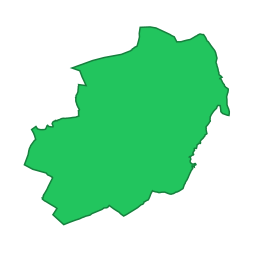 Bø nor, Telemark, Norway, rotated 6°
{"feature_id": "86288312B18605763304298", "entity_name": "Bø nor", "entity_type": "district", "adm_level": 2, "iso_a3": "NOR", "parent_name": "Norway", "parent_adm1": "Telemark", "projection": "mercator", "projection_center": [8.999, 59.44], "detail": "fine", "context": "isolated", "style": "filled", "palette": "green", "viewbox_px": 256, "rotation_deg": 6, "n_neighbors": 0, "source": "geoboundaries", "source_scale": "gbopen_adm2", "svg_char_len": 5590}
<svg xmlns="http://www.w3.org/2000/svg" viewBox="0 0 256 256"><g transform="rotate(6 128 128)"><path d="M223.6,78.8L223.2,78.4L222.3,78.0L221.7,77.6L221.3,77.5L220.7,77.1L220.1,76.5L219.6,76.2L219.5,75.6L219.1,74.7L218.6,74.3L217.6,73.2L216.8,72.0L216.1,70.7L215.3,69.8L215.2,69.4L214.2,69.3L214.4,68.8L216.2,67.7L214.8,66.5L214.4,66.3L213.9,66.0L213.5,65.9L213.2,65.6L212.9,65.1L212.6,64.2L212.7,63.8L212.3,62.8L211.9,62.1L211.7,61.5L211.4,60.1L211.2,59.7L211.0,59.1L209.8,56.4L209.7,55.8L208.6,53.5L209.2,49.2L208.6,47.7L207.3,44.0L206.1,41.9L201.5,37.0L200.9,36.2L198.7,33.7L197.6,33.2L195.7,29.9L193.4,27.2L192.0,27.3L190.1,27.0L189.5,27.1L188.8,27.6L188.2,27.8L186.8,29.1L185.4,29.9L184.6,30.6L180.6,33.5L177.6,34.4L174.9,35.4L171.7,36.7L167.5,37.2L164.5,32.5L161.9,31.6L159.9,30.6L145.4,25.6L139.5,25.2L129.6,26.6L129.3,32.7L129.9,36.3L129.4,40.1L128.5,45.5L128.3,45.6L128.2,45.7L128.0,46.1L127.5,46.2L127.0,46.6L126.7,46.8L126.4,46.9L126.2,47.1L125.8,47.3L125.6,47.8L125.3,48.1L125.0,48.3L124.5,48.7L124.1,48.9L123.9,49.2L123.8,49.4L123.7,49.9L123.6,50.1L123.3,50.3L123.0,50.3L122.7,50.8L122.4,51.0L113.7,55.5L97.0,60.4L85.8,64.6L66.0,74.2L74.1,76.1L77.1,82.1L79.3,85.7L81.9,90.2L74.4,90.0L74.6,90.5L74.5,91.0L74.5,91.3L74.3,91.6L74.3,92.2L74.4,92.8L74.3,93.7L74.5,94.1L74.5,94.5L74.4,94.9L74.3,95.3L74.4,95.8L74.5,96.9L74.3,97.5L74.3,98.0L73.9,98.9L73.7,100.0L73.4,100.3L73.0,100.9L73.1,101.6L73.0,102.2L73.2,102.7L73.1,103.0L72.8,103.2L73.0,103.5L73.1,103.9L73.0,104.2L73.0,104.6L73.2,105.1L73.2,105.4L73.3,105.8L73.2,106.2L73.2,106.4L73.4,107.0L73.7,107.3L73.7,107.8L74.1,108.3L74.3,108.9L74.3,109.2L74.6,109.7L74.7,110.2L75.0,110.4L75.2,110.7L75.3,110.8L75.2,111.0L76.1,112.5L76.3,112.9L76.4,113.0L76.7,113.1L77.0,113.5L77.0,114.0L77.7,114.6L77.8,114.8L77.8,115.1L77.7,115.3L76.8,116.2L77.3,117.0L77.2,117.7L77.4,119.3L77.8,121.3L77.0,121.6L74.9,122.7L71.5,123.4L69.9,123.9L66.6,124.6L65.7,124.7L64.8,125.0L62.6,125.1L61.2,125.5L60.3,126.0L60.0,126.1L59.2,126.8L58.2,127.1L56.9,127.8L56.8,128.2L56.7,128.3L55.2,128.0L54.9,128.1L54.7,128.3L54.7,128.8L54.3,129.1L53.6,129.1L53.2,129.4L52.7,129.9L52.6,130.2L52.4,130.9L52.2,131.1L52.1,131.6L52.4,132.3L53.1,133.3L53.3,134.6L52.6,134.8L51.5,134.9L51.1,134.9L50.5,134.9L50.0,134.8L48.8,134.8L48.7,134.6L47.8,133.7L47.3,134.1L46.5,136.8L46.0,137.9L44.4,138.4L42.2,138.7L40.9,138.8L39.4,138.6L38.2,138.3L38.0,138.2L36.3,136.1L32.3,139.6L34.7,143.0L34.9,143.5L35.9,145.3L37.4,149.1L37.3,149.3L37.0,149.4L36.8,149.7L36.1,150.4L34.3,153.6L34.0,154.0L33.0,155.9L32.8,156.9L32.1,158.7L31.7,161.5L31.7,162.0L31.5,164.9L30.5,168.8L30.1,170.4L28.8,175.4L37.6,179.0L51.3,181.3L53.0,183.0L55.8,183.9L56.8,184.3L57.0,184.7L57.9,184.8L58.2,185.5L58.0,186.1L54.9,194.3L53.9,197.4L51.9,201.8L51.1,203.3L51.2,203.5L51.0,204.2L51.0,204.3L50.7,204.6L51.0,205.1L50.8,205.6L50.8,206.3L50.7,206.5L50.3,206.5L50.0,206.6L50.5,207.2L50.5,207.5L50.4,207.7L52.7,209.2L54.1,209.7L58.9,212.0L63.7,214.2L65.8,215.4L62.4,222.1L74.2,230.8L79.9,227.8L85.6,225.0L89.3,223.4L91.7,221.9L93.0,221.3L94.2,220.7L94.9,220.2L98.0,219.1L99.6,218.4L100.9,217.0L110.6,211.7L112.5,210.0L115.3,209.5L116.3,208.8L117.4,207.0L122.3,209.9L126.5,212.0L127.5,212.4L128.0,212.7L129.8,214.2L132.9,216.0L133.9,215.3L135.3,214.4L145.9,206.2L148.4,203.6L149.3,202.8L149.9,202.6L150.7,202.2L151.3,201.5L151.4,201.1L151.8,199.7L152.3,199.6L154.2,198.1L155.6,197.4L156.1,196.3L156.8,194.1L157.7,190.6L157.8,190.5L158.9,187.9L159.2,188.1L160.8,188.4L161.8,188.6L164.1,188.7L164.9,189.0L165.8,189.0L166.8,188.8L167.8,188.4L169.5,188.1L170.0,188.1L171.2,187.9L174.7,188.9L176.6,189.3L177.6,189.3L178.5,189.1L178.9,188.8L180.2,188.4L182.1,187.0L182.5,186.6L183.0,186.7L183.3,186.6L185.2,185.5L189.0,182.5L189.6,179.9L189.8,179.0L189.8,178.5L190.5,177.4L190.8,176.1L191.0,175.4L191.8,174.0L192.3,172.8L193.0,170.8L193.4,169.4L193.8,168.1L194.2,166.9L194.3,166.6L194.9,165.0L194.9,164.9L195.0,164.5L195.4,163.5L195.7,163.1L196.0,162.3L196.5,161.8L196.5,161.5L196.6,161.3L196.0,160.2L195.8,159.9L195.7,159.2L195.8,159.0L196.5,159.4L198.0,159.9L197.8,159.0L197.7,158.8L197.8,158.6L198.0,158.2L199.3,157.5L199.4,157.3L199.2,157.0L199.0,156.6L198.7,156.3L198.1,156.4L197.1,157.0L195.9,157.1L195.2,156.9L194.0,156.1L193.8,155.9L193.4,155.3L193.2,154.2L193.5,153.2L193.7,152.8L193.7,152.4L193.6,152.1L193.3,151.2L193.0,150.6L192.9,150.5L192.0,150.4L192.1,150.2L192.4,149.9L192.9,149.9L193.3,149.7L194.7,148.3L195.4,148.2L195.9,147.8L196.0,147.5L195.6,147.2L195.7,146.9L195.2,146.6L195.1,146.3L195.2,145.9L195.3,145.7L195.3,145.3L195.8,144.5L195.9,143.9L196.1,143.7L196.4,143.5L196.5,143.3L196.4,143.1L196.1,142.1L196.0,141.8L196.1,141.4L196.7,141.1L197.4,141.2L198.2,141.1L198.4,139.2L198.4,138.3L198.5,137.5L199.0,137.2L199.8,136.2L200.0,136.0L200.3,135.6L200.5,135.6L201.1,135.9L201.3,135.9L201.6,135.7L201.7,135.3L201.6,134.7L201.4,134.1L201.2,133.8L201.3,133.7L201.5,133.2L201.7,132.7L203.8,130.2L204.4,129.1L205.1,128.2L205.5,126.6L206.7,125.8L207.1,125.4L206.6,124.0L205.8,121.3L205.8,119.9L205.4,118.9L205.9,118.0L207.0,116.4L208.1,114.5L208.3,113.9L208.4,113.5L209.0,112.8L209.1,112.4L209.0,112.0L208.6,111.3L208.7,110.8L208.7,110.5L208.7,110.2L208.6,108.7L208.6,108.2L208.8,108.0L209.0,107.2L209.8,105.3L211.4,102.4L212.8,100.5L213.8,99.4L214.1,98.8L214.2,98.4L214.1,98.2L214.3,97.6L214.6,96.8L215.2,96.1L217.3,96.1L218.3,100.0L218.7,102.1L220.6,103.7L225.4,104.9L227.1,105.0L227.2,103.1L227.0,101.0L226.4,99.5L226.2,98.8L225.4,97.4L224.6,95.9L224.0,94.4L223.4,89.3L222.8,86.6L223.4,82.8L223.6,82.4L223.7,80.9L223.7,79.6L223.6,78.8Z" fill="#22c55e" stroke="#15803d" stroke-width="1.5"/></g></svg>